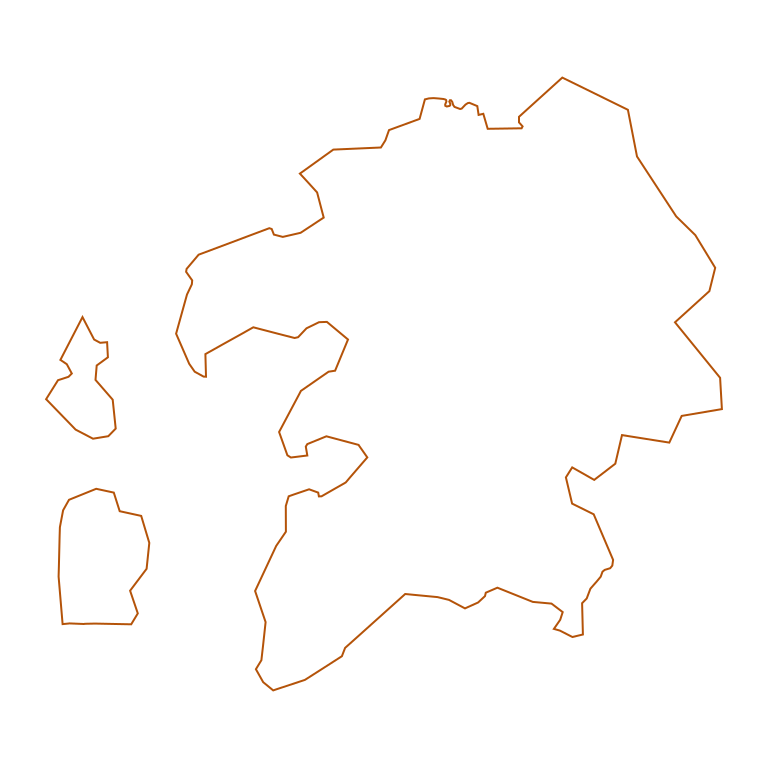 Somerset, Maryland, United States of America
{"feature_id": "52423323B97218068880690", "entity_name": "Somerset", "entity_type": "district", "adm_level": 2, "iso_a3": "USA", "parent_name": "United States of America", "parent_adm1": "Maryland", "projection": "robinson", "projection_center": [-75.835, 38.105], "detail": "fine", "context": "isolated", "style": "outline", "palette": "amber", "viewbox_px": 768, "rotation_deg": 0, "n_neighbors": 0, "source": "geoboundaries", "source_scale": "gbopen_adm2", "svg_char_len": 2741}
<svg xmlns="http://www.w3.org/2000/svg" viewBox="0 0 768 768"><path d="M299.9,173.6L307.0,181.3L316.9,192.2L317.1,192.4L323.7,217.6L323.2,217.9L300.6,232.8L282.8,236.9L273.9,234.6L271.7,229.0L269.3,228.2L198.6,254.7L186.6,268.9L186.1,271.8L192.2,280.4L192.0,282.6L191.9,283.7L191.8,284.4L187.0,294.5L176.1,333.7L189.2,363.8L194.7,371.7L203.6,376.6L206.0,376.7L205.4,354.1L222.7,344.4L244.3,332.4L245.3,331.8L253.3,327.3L278.6,333.9L294.6,338.0L298.1,337.2L306.5,328.3L313.1,325.1L319.0,322.2L326.9,321.9L348.0,339.5L335.6,369.5L335.1,370.7L328.6,371.7L300.9,390.9L299.2,394.2L291.0,409.6L279.1,432.0L287.4,455.3L290.9,457.5L294.3,457.1L307.3,455.5L305.8,446.6L307.3,444.1L326.4,436.3L358.6,444.9L358.8,445.3L367.3,457.4L350.2,477.2L345.8,482.4L345.0,482.9L335.5,488.3L321.9,496.1L321.6,496.3L318.9,496.4L318.2,492.6L309.1,489.3L293.5,494.6L288.7,496.3L285.8,506.0L285.9,531.7L276.2,545.9L255.1,591.0L265.6,622.1L263.1,645.2L261.4,660.2L255.9,669.2L263.2,682.2L273.2,690.4L277.3,689.0L304.9,679.9L312.9,674.8L320.1,670.2L341.9,656.2L345.1,647.9L359.2,635.3L374.0,622.0L405.2,594.0L414.4,594.9L437.5,597.1L441.7,598.1L449.0,599.9L465.0,608.4L465.6,608.1L478.1,602.5L485.0,596.1L485.8,592.7L497.4,587.7L532.8,601.9L551.5,603.6L560.2,610.2L562.7,612.1L560.2,619.8L553.9,628.9L559.9,630.6L572.4,637.0L582.9,634.5L582.1,603.2L586.7,598.5L590.4,588.7L595.1,583.3L596.2,582.1L600.7,576.7L602.5,571.7L604.7,569.9L610.2,568.2L612.3,565.6L613.1,559.9L593.7,514.3L572.1,503.6L565.9,477.4L572.2,467.4L594.2,479.9L615.3,463.7L622.0,435.1L669.3,442.6L681.7,415.9L721.9,409.1L720.1,377.8L675.0,322.3L709.4,291.1L715.2,267.8L695.3,235.1L676.2,216.4L637.0,156.5L627.9,109.8L562.3,77.6L519.0,116.8L519.0,122.4L522.6,126.4L521.6,128.3L487.7,128.8L483.3,113.8L478.6,114.9L477.3,106.1L469.4,102.8L467.8,103.1L465.5,104.6L461.7,108.6L460.1,109.0L454.5,106.9L453.1,104.9L452.3,102.0L451.1,100.3L450.0,100.2L449.3,101.6L450.2,103.5L450.3,105.0L449.6,105.9L446.8,106.5L445.3,105.8L445.2,104.4L446.4,101.5L446.1,100.0L445.3,99.5L443.5,99.0L438.7,98.5L433.5,98.1L428.9,98.4L424.9,99.4L419.6,118.9L389.0,130.1L385.4,140.3L380.9,147.5L333.3,149.6L299.9,173.6ZM131.2,624.3L137.8,613.4L130.1,590.7L146.6,568.8L149.3,542.9L141.2,515.9L119.7,511.2L113.8,492.6L97.6,489.1L96.2,488.8L69.0,499.8L63.1,510.3L59.9,527.2L59.6,536.8L58.9,566.0L58.6,576.6L62.6,624.1L68.9,623.5L69.2,623.4L84.0,624.0L84.8,623.8L94.1,623.6L94.9,623.6L95.9,623.6L115.6,624.0L131.2,624.3ZM60.4,359.9L66.8,364.2L70.4,370.9L71.8,373.5L68.5,376.8L61.8,379.0L58.0,380.2L46.1,399.2L47.4,400.5L75.6,429.6L93.0,438.7L108.3,436.2L115.7,428.6L112.7,399.7L95.5,379.9L96.7,365.5L107.9,357.3L107.1,342.2L100.2,342.8L96.1,340.6L94.1,339.5L82.5,317.1L60.4,359.9Z" fill="none" stroke="#b45309" stroke-width="2"/></svg>